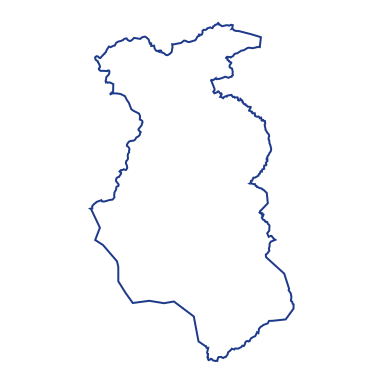 Nuevo Urecho, Michoacán, Mexico
{"feature_id": "50627088B91351647452865", "entity_name": "Nuevo Urecho", "entity_type": "district", "adm_level": 2, "iso_a3": "MEX", "parent_name": "Mexico", "parent_adm1": "Michoacán", "projection": "robinson", "projection_center": [-101.855, 19.159], "detail": "fine", "context": "isolated", "style": "outline", "palette": "blue", "viewbox_px": 384, "rotation_deg": 0, "n_neighbors": 0, "source": "geoboundaries", "source_scale": "gbopen_adm2", "svg_char_len": 5906}
<svg xmlns="http://www.w3.org/2000/svg" viewBox="0 0 384 384"><path d="M249.3,341.3L249.2,340.9L249.9,340.5L250.8,338.5L253.0,337.1L255.3,336.1L257.1,332.2L258.4,333.1L259.0,328.8L260.7,326.8L262.1,326.1L263.2,325.0L267.7,323.4L269.0,320.9L272.7,320.8L285.7,319.4L293.5,308.7L293.6,304.3L292.6,303.8L292.2,301.7L290.9,300.8L291.4,296.8L290.8,293.5L288.6,290.1L289.1,288.8L284.2,273.6L266.1,257.2L266.0,256.8L265.8,254.6L267.3,253.5L269.3,250.8L268.9,248.3L269.6,246.4L269.5,244.6L270.0,242.8L271.0,241.6L275.3,239.8L273.7,238.7L271.5,235.9L270.8,235.9L268.7,236.8L267.2,233.2L269.2,230.8L269.5,226.0L269.3,225.2L268.6,224.3L267.8,223.8L267.2,222.0L266.0,222.0L265.5,221.3L265.0,221.3L264.5,220.2L263.0,219.6L262.0,218.1L261.8,217.3L262.8,216.6L263.5,214.6L262.9,214.3L262.3,215.1L261.8,214.7L262.6,213.9L262.6,213.5L261.5,212.9L259.9,213.0L259.7,212.7L260.4,212.5L260.0,211.4L260.3,210.7L261.0,210.3L267.8,203.3L266.8,193.0L263.4,189.7L262.3,189.4L261.8,188.6L259.2,187.9L257.6,187.0L257.0,187.0L256.7,186.1L255.7,185.9L255.1,184.2L253.4,184.1L251.7,183.4L250.5,183.7L249.8,183.5L250.5,183.1L251.0,180.9L252.1,180.7L253.4,177.7L254.9,177.7L258.5,175.6L258.8,174.2L259.8,173.7L260.4,171.6L260.9,171.2L261.8,171.6L262.3,169.4L264.2,168.8L264.0,166.8L264.3,165.5L266.0,165.3L266.4,164.6L265.8,162.9L266.6,161.9L266.7,161.2L267.4,161.0L267.4,159.2L266.6,159.0L266.7,158.5L267.4,157.5L267.6,156.1L268.5,155.2L269.6,152.8L270.7,151.5L271.2,148.9L270.3,145.1L269.4,143.1L269.4,141.0L269.1,140.1L268.6,139.7L268.7,137.1L269.2,136.1L268.8,134.4L267.8,133.4L265.4,129.6L265.5,128.7L264.6,124.9L265.2,123.9L265.0,121.1L264.1,121.1L263.3,120.1L262.1,120.7L261.6,120.3L261.7,119.4L261.4,119.2L261.1,117.7L259.7,118.1L259.6,117.4L258.6,116.5L257.3,116.8L255.2,116.1L254.9,115.6L255.0,114.4L254.7,113.2L253.1,113.4L252.6,112.9L252.3,113.1L251.7,112.3L251.9,111.7L249.1,110.7L249.1,110.3L250.6,107.8L250.6,106.9L247.7,106.7L246.6,105.4L245.6,105.2L245.4,104.2L244.0,104.0L243.2,103.1L243.1,102.5L242.5,102.2L242.3,101.7L242.6,101.4L242.3,100.6L240.4,98.9L240.0,100.3L238.9,100.6L238.1,100.1L238.0,98.7L237.5,97.4L235.5,97.4L234.9,97.7L234.0,96.7L232.9,97.0L232.2,96.2L231.5,94.9L227.3,95.6L226.7,96.6L225.9,96.2L224.2,96.9L223.1,98.2L221.9,97.3L220.2,96.9L221.7,94.3L221.3,93.4L220.3,93.6L218.6,91.4L217.8,91.5L217.1,92.3L214.4,93.3L213.3,91.7L214.5,90.3L214.5,88.7L211.1,80.3L211.8,79.8L212.4,80.2L213.4,80.0L215.7,78.3L215.7,78.8L216.8,79.2L217.9,78.8L218.9,79.0L221.8,78.1L225.3,76.7L228.5,77.8L229.9,77.1L231.7,76.7L231.9,75.8L232.9,75.1L232.6,73.6L232.7,71.5L232.0,68.5L230.2,67.7L229.5,66.8L229.7,65.3L231.3,62.9L230.8,62.2L229.0,61.5L229.0,60.8L227.5,59.9L227.6,58.9L226.1,57.9L227.0,56.8L230.6,57.1L230.8,57.4L233.4,55.8L234.0,54.4L235.6,53.5L237.2,53.3L241.2,50.7L243.8,50.2L247.7,47.9L248.9,47.7L252.7,48.2L255.8,47.5L256.6,47.1L257.8,47.2L258.5,46.8L259.8,47.1L260.9,37.2L251.5,34.3L238.9,31.1L236.0,30.9L234.0,30.3L232.6,28.7L231.7,28.9L232.2,28.2L232.8,25.2L231.1,24.8L229.1,25.7L227.5,25.2L226.0,25.3L222.3,26.2L221.6,26.0L219.8,24.6L219.1,24.6L219.0,23.9L218.1,23.0L216.9,24.4L215.1,24.9L214.3,25.9L213.4,26.2L212.6,28.0L212.1,28.2L210.2,27.4L207.2,28.4L206.9,29.1L205.7,29.9L203.7,29.8L202.5,30.7L202.6,32.3L202.2,33.9L201.5,34.8L199.1,34.6L199.4,35.8L197.7,36.3L195.7,39.8L195.1,40.3L189.5,42.0L188.2,42.0L185.2,40.7L184.0,40.6L181.1,42.9L173.4,44.4L172.2,44.2L172.5,47.1L171.6,52.1L169.6,54.0L167.5,55.2L165.7,54.8L164.1,53.3L162.0,52.5L160.9,50.5L158.9,50.7L159.3,51.8L156.0,50.6L154.6,48.5L154.1,45.7L151.2,46.0L151.2,43.4L150.7,43.2L149.9,43.6L148.6,39.4L145.8,37.0L144.8,36.6L142.1,37.3L140.2,38.9L134.1,37.9L131.6,40.3L129.9,41.1L127.8,40.1L126.7,38.5L126.3,38.4L124.3,38.9L123.0,40.0L121.1,40.9L118.2,41.6L116.2,42.8L114.7,45.6L113.4,45.8L110.6,47.2L109.0,46.5L106.8,49.7L105.8,52.3L104.7,53.1L104.4,53.9L104.1,53.9L100.2,58.1L99.4,57.9L98.0,56.5L96.5,56.2L95.2,57.2L95.3,58.7L95.7,59.8L97.9,61.4L97.9,62.1L98.8,63.4L99.7,65.5L100.0,67.3L98.9,68.5L98.9,69.3L99.7,70.3L100.9,70.9L103.0,70.8L107.2,71.1L108.1,70.4L109.0,70.6L109.4,71.1L109.3,73.1L108.6,74.8L106.5,76.8L105.6,81.2L106.0,82.3L106.5,81.8L107.6,82.7L109.7,82.4L113.3,84.1L113.1,91.6L112.6,92.3L111.8,92.4L109.8,94.6L112.8,93.3L117.6,93.5L120.8,94.1L125.0,96.2L126.8,99.9L128.9,102.9L131.3,109.2L133.3,110.7L138.9,113.5L139.9,115.6L140.1,116.5L139.8,119.5L140.9,119.9L142.4,121.2L142.5,122.7L141.9,123.6L141.7,125.2L138.4,129.3L138.9,130.5L140.7,132.1L140.2,132.7L139.8,134.8L138.5,136.3L136.3,137.5L135.2,139.5L133.7,140.6L130.0,141.1L128.9,141.8L128.0,142.8L127.0,144.5L126.9,145.9L128.1,146.7L128.8,147.5L129.4,148.8L129.4,149.7L129.0,150.9L129.1,152.4L128.1,153.7L127.7,155.2L128.0,158.7L127.1,160.3L126.1,161.3L125.9,163.4L126.8,165.3L127.2,167.2L127.1,168.3L126.3,169.6L125.8,170.0L123.7,169.3L122.6,170.0L120.9,170.1L120.2,170.7L119.6,171.5L120.1,171.7L120.7,172.8L120.9,172.4L121.2,173.1L120.7,174.3L118.8,177.1L117.4,177.3L116.3,178.6L115.9,180.8L118.6,184.4L118.6,185.2L118.3,186.0L116.6,186.7L116.3,187.4L116.1,189.6L114.4,192.5L114.4,194.3L114.1,195.2L114.5,197.1L112.9,199.4L112.1,199.7L110.0,199.9L104.4,201.5L102.0,201.4L101.4,200.2L96.6,201.9L95.4,203.1L93.9,204.1L92.2,206.2L92.3,208.4L90.4,208.7L91.2,209.3L99.9,227.7L95.2,240.0L103.0,245.0L117.0,261.3L118.3,266.9L118.3,281.3L125.7,293.1L132.8,303.0L149.3,300.8L164.0,303.2L173.9,301.5L193.8,316.5L198.5,341.4L205.5,346.2L206.0,346.2L206.5,347.8L208.2,347.8L207.1,352.6L207.6,354.0L208.0,354.0L207.9,355.7L207.4,357.1L208.1,357.4L207.9,358.7L208.6,360.1L210.5,359.4L210.7,358.9L211.5,358.9L213.2,360.5L215.8,361.0L216.5,360.6L217.3,360.9L218.0,357.9L218.6,357.1L221.2,356.9L222.1,357.6L223.4,358.0L224.4,357.1L225.6,357.1L227.5,354.7L228.2,352.2L230.5,350.4L231.8,348.7L234.2,349.5L235.2,348.5L238.3,348.6L241.4,347.0L242.3,345.7L243.9,346.0L245.0,343.9L245.2,342.6L246.4,341.2L247.5,341.0L248.8,341.5L249.3,341.3Z" fill="none" stroke="#1e3a8a" stroke-width="2"/></svg>